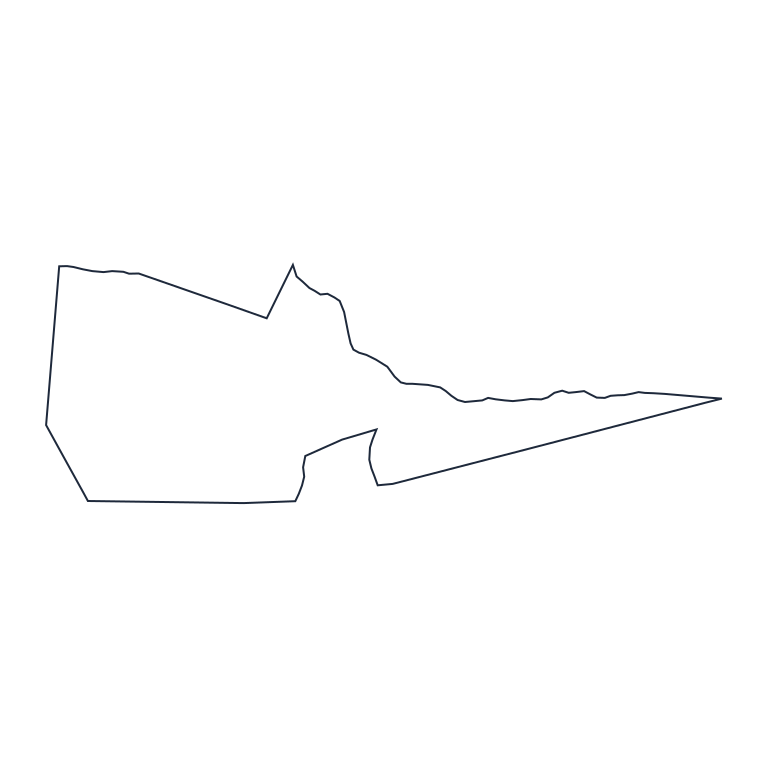 Itaiçaba, Ceará, Brazil
{"feature_id": "56859067B36389495737376", "entity_name": "Itaiçaba", "entity_type": "district", "adm_level": 2, "iso_a3": "BRA", "parent_name": "Brazil", "parent_adm1": "Ceará", "projection": "natural_earth1", "projection_center": [-37.787, -4.712], "detail": "fine", "context": "isolated", "style": "outline", "palette": "slate", "viewbox_px": 768, "rotation_deg": 0, "n_neighbors": 0, "source": "geoboundaries", "source_scale": "gbopen_adm2", "svg_char_len": 1208}
<svg xmlns="http://www.w3.org/2000/svg" viewBox="0 0 768 768"><path d="M59.2,266.3L46.1,425.1L57.6,446.0L66.8,462.7L83.5,492.9L87.9,501.0L243.5,503.1L295.3,501.2L298.8,493.8L302.0,485.5L304.2,476.7L303.1,467.3L305.3,456.0L342.1,439.6L376.5,429.4L372.5,439.6L370.0,447.4L369.3,459.7L371.4,468.4L374.6,476.7L377.7,485.3L392.7,483.9L531.3,448.1L704.7,402.9L721.9,398.6L708.4,397.6L664.8,393.9L653.2,393.2L644.8,392.9L638.6,392.1L632.3,393.6L624.3,395.1L617.6,395.3L610.6,395.8L604.8,397.9L596.7,397.6L590.3,394.4L584.1,391.1L575.8,392.1L568.7,392.8L562.2,390.7L554.4,392.8L547.8,397.4L541.3,399.4L530.7,399.0L522.5,400.1L512.8,401.1L504.7,400.4L495.7,399.3L488.1,397.9L482.3,400.4L474.8,401.1L465.0,402.0L457.6,400.0L451.4,395.8L445.7,391.0L440.2,387.4L427.9,384.9L412.4,383.8L406.4,383.8L400.8,382.4L394.6,376.6L387.3,366.7L375.9,359.6L366.4,354.9L359.0,352.7L353.4,349.6L350.6,343.4L348.4,333.7L344.1,312.0L339.7,301.0L334.5,297.5L327.5,293.8L320.4,294.5L314.6,290.8L309.4,288.0L302.8,281.8L296.6,276.5L292.9,264.9L266.7,318.3L225.4,303.7L138.7,273.5L129.1,273.7L123.4,271.8L112.2,271.1L103.5,272.1L92.3,271.1L82.9,269.3L73.5,267.0L67.0,266.1L59.2,266.3Z" fill="none" stroke="#1e293b" stroke-width="2"/></svg>